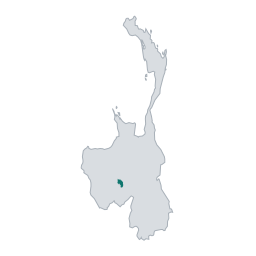 Chum Phae, Khon Kaen, Thailand shown in context, rotated 181°
{"feature_id": "78962969B27805721585516", "entity_name": "Chum Phae", "entity_type": "district", "adm_level": 2, "iso_a3": "THA", "parent_name": "Thailand", "parent_adm1": "Khon Kaen", "projection": "equal_earth", "projection_center": [102.084, 16.658], "detail": "fine", "context": "in_parent", "style": "filled", "palette": "teal", "viewbox_px": 256, "rotation_deg": 181, "n_neighbors": 0, "source": "geoboundaries", "source_scale": "gbopen_adm2", "svg_char_len": 5115}
<svg xmlns="http://www.w3.org/2000/svg" viewBox="0 0 256 256"><g transform="rotate(181 128 128)"><path d="M112.6,17.7L112.8,18.8L113.6,17.4L114.7,16.7L117.0,19.8L117.2,21.1L115.6,26.1L115.8,27.7L116.9,29.1L118.1,29.9L119.4,29.7L121.9,28.2L124.6,29.2L124.4,32.5L125.4,37.7L124.1,43.0L122.7,45.7L123.7,48.0L123.8,50.1L121.2,58.5L121.7,59.1L123.4,60.1L124.0,59.8L126.8,56.5L129.9,53.9L130.8,51.8L132.7,51.1L134.5,49.1L138.4,52.5L139.5,52.8L140.0,53.4L140.2,54.8L140.7,55.0L142.3,53.1L145.0,51.8L146.1,49.0L147.4,48.1L147.3,46.7L147.7,46.2L149.9,46.0L153.3,47.5L154.5,47.9L155.0,47.5L160.4,56.8L163.9,60.3L164.7,62.8L164.0,69.0L164.1,72.5L164.8,75.3L166.3,77.2L167.4,79.9L171.4,82.5L171.1,83.2L171.4,84.8L173.9,86.8L174.1,87.4L173.8,90.0L172.7,91.9L172.4,93.5L172.5,95.4L173.1,98.4L172.3,104.4L170.9,106.1L168.9,107.4L167.9,109.0L167.1,108.6L166.7,106.9L164.5,106.0L160.4,106.9L158.3,106.5L155.6,107.0L152.9,106.8L151.3,106.1L146.8,107.4L144.9,108.6L143.5,110.4L141.5,114.8L139.4,117.6L139.5,118.7L136.9,119.4L137.0,123.2L138.5,127.4L138.9,132.6L141.8,136.3L141.3,138.9L141.6,141.4L143.9,147.2L142.3,144.4L141.9,142.6L140.0,139.7L139.4,141.1L137.2,138.9L136.2,136.8L135.9,137.7L133.7,134.7L131.5,133.0L130.2,132.3L127.1,133.4L123.1,132.5L121.5,133.3L120.9,132.8L120.5,131.9L121.7,121.0L118.2,119.7L117.6,119.0L116.9,119.8L113.5,120.2L111.0,122.2L110.7,123.9L111.8,126.9L110.4,132.3L110.8,137.4L110.6,140.2L108.9,143.7L108.5,146.6L106.5,150.9L105.2,156.4L104.9,159.6L102.6,164.5L102.1,167.3L101.2,168.3L101.6,170.5L101.2,177.2L102.6,182.1L102.2,184.4L103.8,185.2L107.5,183.6L108.8,184.0L109.6,186.7L110.5,194.7L112.1,197.1L112.5,195.9L113.2,197.2L113.8,199.6L115.8,212.2L116.8,215.5L115.6,214.7L114.9,210.7L113.8,210.5L114.2,208.0L113.5,207.1L112.4,207.8L112.4,209.8L115.4,216.1L117.3,216.3L119.6,219.1L122.2,221.1L125.4,220.4L127.6,221.0L128.9,222.7L131.0,227.0L134.5,230.6L133.9,232.8L132.6,234.6L131.9,237.0L130.9,237.7L129.7,237.7L128.3,235.7L124.9,237.5L124.1,239.4L123.2,239.9L121.7,237.8L121.9,236.6L122.8,235.0L122.6,230.6L120.5,230.5L119.2,227.2L118.7,226.9L117.7,227.4L114.5,225.9L113.6,223.8L112.6,224.0L111.9,227.5L109.1,222.8L107.1,220.9L107.4,217.4L106.1,216.6L105.5,215.6L106.0,213.5L104.2,213.9L103.3,213.3L102.2,209.5L101.3,208.0L100.1,208.0L99.7,207.3L99.8,205.4L96.9,202.8L95.9,199.8L94.5,198.4L93.6,198.8L92.7,201.0L92.0,200.8L91.4,200.2L90.6,197.2L90.7,192.0L91.7,188.9L92.2,184.0L93.6,179.9L96.5,167.8L96.7,163.1L101.6,156.3L104.8,148.6L105.9,147.5L106.4,146.1L104.7,139.9L103.9,135.6L104.1,134.4L102.0,131.5L101.5,128.2L100.9,127.1L100.8,126.0L101.5,124.0L101.1,116.7L98.9,111.7L94.8,107.0L91.2,100.1L90.7,97.7L90.6,94.3L93.6,92.0L94.7,91.8L95.2,81.5L97.7,79.6L98.3,78.7L98.5,77.0L98.0,76.0L96.3,77.7L96.0,77.3L94.0,71.3L93.6,67.6L85.5,55.3L85.9,53.2L84.7,47.9L83.5,47.9L82.7,46.9L81.9,44.5L83.5,44.8L86.0,43.5L85.6,38.4L86.8,35.4L86.9,30.5L88.9,27.6L89.2,26.2L90.3,26.0L91.7,27.1L93.1,27.1L99.2,25.8L100.0,24.5L100.4,21.8L101.0,21.0L102.3,20.7L103.9,21.3L105.5,20.2L105.2,17.1L108.1,17.6L110.0,16.1L112.6,17.7ZM92.9,202.4L92.4,206.3L91.3,207.1L90.9,204.8L91.6,201.1L91.9,202.0L92.9,202.4ZM111.5,179.5L111.3,181.4L110.2,182.0L110.0,179.9L111.5,179.5ZM136.9,140.6L138.2,143.3L136.7,143.0L136.4,140.4L136.9,140.6ZM106.8,226.3L106.1,225.2L106.7,223.4L107.2,225.6L106.8,226.3ZM94.8,202.8L94.5,205.0L93.9,202.0L94.8,202.8ZM111.5,177.8L111.0,177.6L110.5,176.3L111.2,176.3L111.5,177.8ZM99.8,209.2L100.4,211.8L99.7,210.6L99.8,209.2ZM140.2,147.7L140.0,149.2L139.3,148.6L139.7,147.4L140.2,147.7ZM91.5,187.2L90.8,187.8L91.4,186.3L91.5,187.2Z" fill="#d9dde1" stroke="#a8b0b8" stroke-width="1"/><path d="M136.7,75.5L136.7,75.4L136.6,75.2L136.6,75.3L136.5,75.2L136.5,74.9L136.6,74.6L136.5,74.4L136.5,74.2L136.8,73.5L136.8,73.3L136.7,73.3L136.6,73.2L136.5,73.3L136.5,73.2L136.4,73.0L136.2,73.1L135.9,73.2L135.8,73.3L135.7,73.3L135.7,73.2L135.6,73.3L135.4,73.4L135.3,73.2L135.2,73.2L134.9,73.0L134.9,72.9L134.7,72.8L134.7,72.6L134.6,72.4L134.5,72.5L134.4,72.5L134.4,72.4L134.3,72.5L134.2,72.4L134.0,72.2L133.9,72.1L133.9,71.9L133.7,71.8L133.6,71.7L133.4,71.5L133.4,71.4L133.5,71.3L133.4,71.2L133.5,71.2L133.4,71.1L133.5,71.1L133.5,70.9L133.5,70.7L133.5,70.4L133.6,70.2L133.7,69.9L133.7,69.7L133.6,69.4L133.5,69.2L133.5,69.3L133.5,69.2L133.4,69.2L133.4,69.3L133.3,69.5L133.2,69.7L132.9,69.6L132.7,69.5L132.8,69.6L132.7,69.7L132.7,69.8L132.7,70.0L132.7,70.4L132.6,70.8L132.6,71.0L132.6,71.3L132.6,71.5L132.8,71.9L132.8,72.0L132.8,72.4L132.8,72.6L132.8,72.8L132.8,73.0L132.8,72.9L132.8,73.0L133.0,73.0L133.1,73.3L133.1,73.5L133.1,73.4L133.1,73.5L133.2,73.8L133.3,73.8L133.5,73.9L133.6,74.0L133.7,74.3L133.7,74.5L133.8,74.6L134.0,74.7L134.1,74.8L134.3,74.9L134.2,74.9L134.3,74.9L134.5,74.8L134.8,74.8L134.9,74.7L134.9,74.8L135.0,74.8L135.0,74.7L135.1,74.8L135.1,74.7L135.1,74.8L135.2,74.7L135.2,74.8L135.3,74.9L135.4,74.7L135.5,74.7L135.4,74.7L135.5,74.8L135.5,74.7L135.5,74.8L135.5,74.7L135.6,74.8L135.7,74.7L135.7,74.8L135.8,74.8L135.9,75.0L136.0,75.0L136.2,75.3L136.3,75.3L136.5,75.4L136.4,75.4L136.5,75.4L136.5,75.5L136.5,75.4L136.6,75.5L136.7,75.5Z" fill="#14b8a6" stroke="#0f766e" stroke-width="1.5"/></g></svg>